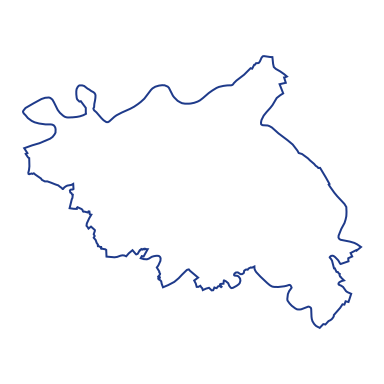 the district of Quynh Phu, Thái Bình, Vietnam
{"feature_id": "81297802B64676269296055", "entity_name": "Quynh Phu", "entity_type": "district", "adm_level": 2, "iso_a3": "VNM", "parent_name": "Vietnam", "parent_adm1": "Thái Bình", "projection": "mercator", "projection_center": [106.356, 20.648], "detail": "fine", "context": "isolated", "style": "outline", "palette": "blue", "viewbox_px": 384, "rotation_deg": 0, "n_neighbors": 0, "source": "geoboundaries", "source_scale": "gbopen_adm2", "svg_char_len": 5902}
<svg xmlns="http://www.w3.org/2000/svg" viewBox="0 0 384 384"><path d="M319.7,327.9L323.2,324.2L323.7,324.1L325.4,324.5L328.5,321.1L330.5,320.1L331.8,319.1L332.8,317.9L333.7,316.5L333.9,315.0L340.2,307.8L342.5,304.3L344.4,304.6L345.6,301.3L348.5,302.0L351.2,293.8L348.0,292.4L346.9,291.8L346.0,291.1L343.1,287.0L341.0,285.6L339.0,284.8L338.6,284.4L338.5,283.4L339.4,282.2L341.5,281.1L344.0,280.4L341.4,277.9L340.9,277.1L340.1,276.6L339.5,274.9L339.8,274.0L338.6,273.2L337.8,272.0L336.5,271.9L334.8,268.3L334.0,268.3L332.0,260.6L330.8,258.7L329.7,257.5L329.7,257.3L330.1,256.7L331.1,255.9L332.6,255.7L333.6,256.0L335.1,257.1L338.2,260.3L340.2,263.7L340.7,264.0L341.2,263.8L348.5,261.3L348.2,258.6L348.3,258.2L352.2,256.5L350.6,253.0L356.3,250.1L356.6,250.6L361.0,247.0L357.1,244.3L354.3,242.9L349.9,241.6L340.7,239.8L339.6,239.2L338.9,238.4L338.5,237.5L338.6,235.7L341.3,228.9L344.5,223.0L345.6,219.5L346.3,216.3L346.4,214.7L346.5,211.9L346.3,207.0L344.4,203.9L337.2,196.2L334.3,192.7L329.9,186.5L328.7,184.6L329.5,184.0L325.8,177.4L320.1,167.9L318.3,168.0L317.4,166.9L315.7,165.8L314.2,164.0L310.0,160.4L307.9,158.3L302.0,154.0L298.7,153.0L297.4,150.6L292.7,144.5L287.4,140.1L278.5,133.4L271.9,127.5L269.4,126.1L267.7,125.5L262.7,125.2L261.6,124.7L261.1,124.1L261.0,122.4L261.5,120.0L263.7,115.6L266.6,112.0L270.3,107.9L272.5,105.1L276.7,98.0L280.4,95.1L283.2,93.4L279.6,84.2L285.8,82.8L284.1,77.5L284.9,77.4L286.9,76.5L284.2,74.2L280.2,71.4L275.8,68.9L273.8,67.0L273.1,63.8L272.4,57.1L270.1,57.0L264.0,56.1L262.8,56.3L261.6,57.6L260.0,61.2L259.0,62.7L258.2,63.1L256.1,63.2L255.8,63.4L255.1,64.6L254.5,64.9L254.1,64.9L252.8,67.5L252.1,68.7L250.6,68.2L244.1,74.7L236.4,80.6L233.9,83.1L233.0,84.4L232.4,84.9L231.2,85.3L227.3,85.4L223.4,85.9L219.0,86.9L216.6,87.9L212.5,90.4L208.8,93.0L202.9,98.1L199.9,100.4L197.6,101.6L194.2,102.8L190.8,103.5L188.6,103.7L185.2,103.7L182.1,103.2L180.2,102.3L177.6,100.8L174.1,97.3L172.9,95.7L168.9,87.8L167.7,86.6L164.6,85.3L162.1,85.2L159.0,85.6L155.3,86.7L152.5,88.4L151.0,89.9L144.3,98.7L140.8,101.9L137.8,104.2L134.1,106.7L130.2,108.8L121.9,112.5L116.5,115.3L114.3,116.9L109.3,121.4L108.0,122.1L106.6,122.1L106.0,121.9L103.5,120.2L101.3,118.0L96.4,112.3L94.2,110.4L93.7,109.6L93.4,108.4L94.1,107.2L94.3,104.0L95.0,100.6L95.4,97.8L95.5,95.3L95.2,94.2L94.6,93.2L93.5,92.2L91.2,91.0L89.3,89.6L87.5,88.6L84.2,86.0L82.2,85.4L79.6,85.4L78.7,85.8L77.6,87.1L76.6,89.1L76.3,91.2L76.3,94.2L76.7,97.9L77.2,99.4L79.3,101.5L79.8,101.6L80.8,101.2L85.8,107.9L85.8,112.4L86.0,113.8L83.3,115.2L80.0,116.3L76.9,116.9L72.9,117.3L68.0,117.5L66.4,117.3L64.6,116.7L62.9,115.5L59.9,112.8L57.7,109.9L53.9,102.2L52.4,99.6L50.4,98.0L48.9,97.5L45.1,97.8L41.5,99.0L33.6,103.3L25.5,108.0L23.4,110.6L23.0,111.6L23.1,112.2L23.8,113.5L25.5,115.2L27.9,118.1L31.7,120.9L34.6,122.3L39.1,123.5L45.5,124.4L50.6,124.4L52.1,124.6L53.7,125.3L54.4,126.1L55.2,127.4L55.6,129.2L55.5,132.6L54.6,134.3L52.6,136.9L50.1,138.7L39.5,143.2L32.3,145.3L24.2,148.2L27.4,153.1L25.7,153.9L27.9,157.2L28.4,157.7L29.2,158.1L29.4,166.3L29.0,169.9L28.3,172.8L28.6,174.0L29.2,174.2L31.6,173.5L32.4,173.9L33.8,173.3L35.3,174.6L41.1,178.6L41.8,179.8L44.8,181.4L47.4,181.4L50.8,182.6L55.6,184.5L58.3,185.4L59.6,186.5L61.6,187.9L62.6,189.0L63.2,188.9L64.2,187.5L65.9,186.3L67.3,185.6L71.4,184.9L73.2,183.9L73.5,189.0L72.8,189.5L70.9,189.6L70.2,190.1L69.9,190.5L70.3,192.5L71.4,193.1L72.2,194.6L72.8,194.7L72.4,198.0L71.8,199.2L69.6,208.2L73.7,208.8L76.8,208.9L76.9,207.8L77.5,207.2L81.5,209.0L82.4,209.8L83.0,211.4L83.4,211.7L84.4,211.6L87.8,212.5L88.5,211.4L89.4,211.5L89.8,214.2L90.2,214.5L91.3,214.7L89.2,218.3L87.1,222.8L86.8,223.6L86.5,225.8L87.4,226.8L88.5,228.6L91.0,226.6L94.8,230.0L94.9,230.8L93.7,234.2L94.7,236.0L93.7,237.7L95.7,240.1L96.7,243.0L97.4,243.8L97.5,244.2L97.9,244.6L97.8,245.7L97.9,246.2L99.1,246.3L100.2,247.0L101.2,247.0L101.3,247.3L101.0,248.3L101.3,248.8L101.9,248.7L105.3,249.3L106.2,249.9L106.5,256.6L114.5,257.3L117.2,256.9L120.5,255.7L122.5,255.3L124.3,255.5L126.2,256.3L128.8,253.3L132.5,250.2L136.0,254.3L136.3,254.4L137.7,253.8L139.8,250.2L140.4,250.3L141.3,249.0L142.7,249.6L143.3,248.9L144.6,249.3L145.0,248.7L145.9,249.1L147.7,249.2L143.6,256.5L141.8,256.1L140.7,258.2L143.7,259.1L146.9,259.3L148.7,258.7L151.8,256.8L153.8,256.2L156.2,255.8L157.9,255.8L158.9,256.0L159.8,256.7L160.3,257.4L160.6,258.5L160.4,260.9L158.3,265.5L156.8,267.5L159.3,271.5L159.2,272.2L160.1,273.7L160.0,274.3L159.3,275.4L158.1,276.7L158.3,277.2L159.0,276.8L159.5,276.9L159.9,277.3L159.8,277.9L158.6,278.3L158.3,278.6L158.6,279.3L160.1,280.1L161.2,281.3L161.7,283.8L163.0,287.3L168.2,285.1L174.3,281.9L178.7,278.2L182.0,274.7L186.7,270.1L187.2,269.8L188.8,269.4L190.0,270.8L198.1,277.6L194.2,280.5L195.8,283.6L196.7,286.9L198.3,286.9L200.3,285.8L201.3,287.3L202.2,288.2L202.8,290.1L206.1,288.6L209.0,287.8L211.7,290.4L213.2,290.2L214.4,287.5L216.0,288.1L216.7,288.1L218.0,286.4L219.0,286.1L220.1,286.2L221.1,287.1L221.6,286.7L220.1,284.9L220.0,284.4L220.8,283.9L223.5,283.7L223.8,280.6L224.0,280.4L225.8,281.2L228.2,283.2L229.2,285.7L230.7,287.7L231.6,288.1L233.0,287.8L236.5,285.9L238.7,284.3L239.7,283.1L240.4,280.8L240.1,278.6L238.5,276.4L237.1,275.8L234.7,275.6L234.2,275.3L234.1,274.4L234.6,273.5L235.9,272.5L237.5,272.4L238.0,272.5L240.4,274.1L242.1,274.1L243.6,273.2L243.9,272.6L244.2,270.7L245.8,269.6L246.2,269.5L247.7,269.7L248.6,268.5L250.9,267.4L251.9,267.7L254.4,266.5L254.5,268.8L255.2,270.5L256.2,272.1L260.3,276.5L267.2,283.0L269.8,285.2L271.5,286.2L272.4,286.6L274.2,286.9L278.2,287.0L284.2,286.3L286.5,285.8L289.3,284.9L290.3,285.2L290.9,286.0L291.6,287.6L291.5,287.9L289.1,291.2L287.9,294.1L287.3,299.0L287.5,300.5L287.9,301.1L289.6,303.5L291.8,305.8L295.4,308.5L297.2,309.4L299.8,309.5L301.2,309.3L308.3,306.6L309.3,306.8L310.3,307.4L310.8,307.8L311.2,309.0L311.5,316.7L311.8,319.0L312.5,321.3L314.1,323.9L315.4,325.3L316.3,326.1L319.7,327.9Z" fill="none" stroke="#1e3a8a" stroke-width="2"/></svg>